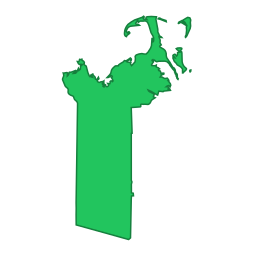 the State of Massachusetts, rotated 269°
{"feature_id": "USA-3513", "entity_name": "Massachusetts", "entity_type": "State", "adm_level": 1, "iso_a3": "USA", "parent_name": "United States of America", "parent_adm1": "", "projection": "natural_earth1", "projection_center": [-70.926, 42.063], "detail": "fine", "context": "isolated", "style": "filled", "palette": "green", "viewbox_px": 256, "rotation_deg": 269, "n_neighbors": 0, "source": "natural_earth", "source_scale": "10m", "svg_char_len": 6066}
<svg xmlns="http://www.w3.org/2000/svg" viewBox="0 0 256 256"><g transform="rotate(269 128 128)"><path d="M160.4,158.2L160.7,157.5L164.1,152.0L165.6,148.8L164.7,149.2L163.9,150.1L162.0,153.8L161.5,154.3L160.9,154.7L158.7,153.9L158.4,154.4L157.8,155.7L155.8,152.5L154.7,151.6L153.4,151.0L152.3,150.3L151.6,149.4L151.3,148.8L151.2,148.3L151.5,145.2L151.4,144.1L151.6,142.4L151.5,141.5L151.3,141.2L150.8,141.1L149.6,141.2L149.1,141.0L148.9,140.6L148.4,131.6L122.7,132.0L122.6,131.2L75.6,130.4L74.4,130.9L73.9,131.0L71.7,130.4L63.1,130.3L62.7,132.1L60.1,132.3L60.0,130.3L56.6,130.0L18.1,128.6L16.5,126.7L32.0,74.5L42.4,74.6L48.4,74.8L54.1,74.8L153.5,78.0L154.6,77.7L155.6,77.0L157.3,75.2L157.8,74.9L160.4,74.0L161.0,73.3L161.8,71.3L162.3,70.5L163.1,69.5L163.8,69.0L164.9,68.7L167.4,68.9L168.0,68.7L168.8,68.2L170.1,66.7L171.1,65.9L177.2,63.5L177.7,63.4L178.5,63.5L180.6,64.4L181.8,64.7L184.1,64.2L184.0,64.7L184.5,67.5L184.4,68.2L183.8,68.4L181.0,68.2L181.6,68.9L182.2,69.3L183.5,69.9L184.4,69.9L184.6,70.1L184.9,70.8L184.7,71.8L186.5,76.8L186.0,77.4L184.2,74.8L183.5,74.2L183.7,76.6L185.1,77.9L188.6,79.5L187.6,80.0L186.5,80.0L187.6,81.4L191.1,81.7L191.2,82.7L192.3,83.4L192.5,82.6L192.4,80.6L192.9,79.8L193.7,79.3L195.4,78.5L195.3,79.6L195.5,80.2L196.1,80.5L196.9,80.6L197.5,80.8L197.2,82.1L197.6,82.7L197.6,83.2L196.7,83.2L196.2,83.6L195.9,84.3L195.4,84.9L194.4,85.5L193.3,85.4L193.1,85.0L192.7,84.9L192.0,85.4L190.6,87.3L184.3,88.8L181.1,90.0L180.1,90.8L180.6,91.3L179.7,92.1L179.3,93.5L180.1,93.1L181.6,91.9L181.8,92.6L182.5,93.3L182.6,93.8L181.5,94.1L179.3,96.1L177.8,96.1L177.4,96.4L177.2,97.4L177.7,98.2L179.3,99.3L177.7,99.8L176.0,97.9L174.8,98.5L174.2,99.6L174.1,100.3L174.6,101.5L175.0,104.0L175.5,104.7L174.6,104.6L173.6,103.4L172.7,103.1L172.1,103.3L172.2,103.8L172.7,104.4L173.3,104.7L172.2,104.9L170.2,103.7L169.5,104.7L170.8,105.2L171.3,105.6L171.6,106.3L170.7,106.4L169.9,106.9L169.6,107.7L170.1,108.7L170.8,109.3L171.4,109.4L172.9,108.5L172.6,110.6L173.6,111.0L174.8,110.9L175.5,111.9L175.3,112.4L174.6,113.0L174.6,113.3L175.3,113.8L175.7,113.8L175.8,113.6L176.2,113.6L177.1,113.3L178.8,112.2L179.5,113.2L180.3,112.9L180.8,112.1L180.8,111.7L180.0,111.2L179.3,110.1L178.8,108.9L178.8,107.9L181.5,110.6L183.0,111.7L186.0,112.5L187.4,113.3L188.6,114.4L190.2,116.3L190.3,116.8L190.4,119.4L190.7,119.4L191.5,120.0L192.6,121.6L194.1,124.3L195.5,125.6L195.2,127.0L195.7,128.2L197.6,131.1L198.0,131.5L197.6,132.0L197.0,132.5L196.4,132.6L195.7,132.4L195.1,132.0L196.4,131.6L195.6,129.4L195.0,128.3L194.4,127.8L194.0,128.3L193.4,132.0L192.3,131.6L191.8,131.7L190.3,132.7L194.0,136.2L197.1,136.6L199.6,136.4L200.9,137.5L201.8,140.2L202.2,143.2L201.7,145.3L201.6,147.3L203.4,149.3L207.5,152.0L209.9,152.9L217.7,153.6L216.8,153.9L214.5,153.9L213.7,154.4L214.0,154.9L215.2,155.2L217.7,155.2L219.7,154.5L222.9,152.7L230.5,150.6L233.5,149.3L234.8,147.3L234.6,144.9L234.7,142.1L233.5,140.2L234.1,140.2L235.6,139.6L235.6,139.1L234.4,138.9L233.1,137.7L232.4,137.5L231.6,138.0L231.2,140.4L230.5,141.2L229.8,133.3L229.6,131.9L228.6,129.9L226.2,128.4L224.5,127.9L223.0,129.0L222.8,129.9L224.1,129.9L224.2,130.7L223.0,131.5L222.2,130.8L220.4,128.4L219.4,128.1L219.6,127.5L220.0,126.9L220.5,126.6L221.3,126.2L222.8,126.1L225.7,126.5L227.4,127.1L229.7,128.3L231.6,129.8L233.9,133.0L235.9,136.5L238.4,144.0L239.5,145.6L239.1,146.0L238.6,146.1L237.7,145.4L237.1,145.1L236.6,145.5L236.4,147.7L236.1,148.8L237.5,147.9L238.5,148.1L238.9,149.1L239.1,153.2L238.7,158.4L236.2,157.8L226.3,159.5L223.3,159.5L221.3,160.5L219.9,160.9L219.4,161.4L218.4,163.0L217.9,163.4L218.0,162.6L218.6,160.6L217.7,160.8L216.0,161.5L215.0,161.7L212.9,161.5L212.1,161.7L211.1,162.4L210.5,162.7L209.6,161.3L208.8,161.1L208.2,161.7L206.3,164.9L205.0,166.3L203.4,167.1L201.7,167.5L199.6,167.5L197.7,167.9L193.8,170.4L192.1,169.7L193.6,168.1L194.2,166.0L194.2,160.0L193.9,158.7L193.8,157.6L194.2,156.9L195.0,156.2L195.5,155.5L195.1,154.7L196.0,154.1L195.5,153.3L195.0,153.2L194.5,153.7L194.3,154.7L193.8,154.7L191.9,153.3L190.6,152.6L190.0,152.8L189.8,155.3L189.9,156.3L190.4,157.4L188.8,157.2L188.2,158.0L187.7,159.3L186.6,160.6L185.9,159.5L185.1,159.6L184.6,160.2L184.7,160.9L183.7,161.5L182.5,162.0L181.9,161.9L182.3,163.9L182.2,164.8L181.4,164.9L181.1,164.5L180.4,162.4L178.4,161.1L178.3,163.1L177.4,164.4L176.8,165.8L177.2,168.1L175.8,169.2L175.0,169.6L174.2,169.7L174.3,169.1L171.6,171.1L170.0,171.5L168.2,170.7L169.4,170.2L169.8,169.2L169.4,168.0L168.6,167.0L168.6,168.7L167.9,169.1L165.6,168.7L166.5,170.3L164.9,171.1L164.3,164.6L163.7,163.7L164.3,159.5L160.4,158.2ZM199.0,177.8L199.8,178.5L200.7,178.8L202.6,178.9L203.3,182.9L202.2,183.2L193.4,183.3L191.5,183.7L189.8,184.4L188.3,185.4L186.5,187.4L185.9,187.5L184.7,186.8L182.9,184.7L182.1,184.1L182.1,183.5L186.1,183.5L187.8,182.1L188.6,181.1L190.3,178.3L191.9,177.3L193.7,175.5L197.2,174.1L197.9,174.3L197.3,176.2L198.2,175.7L199.3,174.1L200.2,174.5L200.9,175.7L200.8,176.5L200.2,177.1L199.0,177.8ZM231.6,180.5L231.7,180.2L232.5,180.4L233.2,181.0L234.6,184.4L236.5,187.6L237.6,189.7L237.0,191.8L234.9,192.6L232.3,192.2L228.9,192.4L226.4,191.9L219.0,188.4L217.6,187.2L218.0,186.9L219.0,187.1L219.9,187.7L224.9,188.3L227.2,188.1L228.3,188.2L228.9,188.5L229.4,188.6L229.9,188.4L230.5,187.7L232.1,187.2L233.0,186.4L233.7,185.4L234.1,184.3L232.9,184.7L231.2,186.5L230.2,186.9L232.2,183.8L232.6,182.1L231.6,180.5ZM186.1,173.8L190.6,170.6L191.6,170.8L192.5,171.3L187.6,174.0L187.6,174.6L187.0,175.3L185.6,176.1L182.9,176.6L182.5,176.0L183.2,175.5L184.2,175.6L186.1,173.8ZM203.7,180.4L204.5,179.7L205.6,178.3L206.5,177.6L207.1,178.9L207.2,181.4L207.1,182.5L206.7,183.2L205.9,183.1L204.9,182.3L204.1,181.3L203.7,180.4ZM236.6,160.0L237.1,160.2L237.3,160.6L237.4,161.7L236.4,163.3L234.8,167.9L233.6,168.1L236.1,162.1L236.6,160.0ZM180.6,176.9L181.3,176.2L182.0,177.2L181.6,177.7L180.3,178.2L178.4,178.2L177.0,178.5L176.3,179.1L175.7,178.8L176.2,178.3L177.1,177.7L178.0,177.6L178.9,177.1L180.6,176.9ZM183.1,190.9L183.6,190.9L184.1,190.7L184.9,191.2L184.9,191.9L183.6,191.7L183.0,191.2L183.1,190.9Z" fill="#22c55e" stroke="#15803d" stroke-width="1.5"/></g></svg>